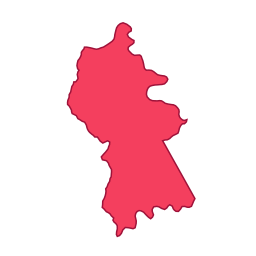 Antônio Prado, Rio Grande do Sul, Brazil (Albers equal-area conic projection), rotated 245°
{"feature_id": "56859067B28853350190882", "entity_name": "Antônio Prado", "entity_type": "district", "adm_level": 2, "iso_a3": "BRA", "parent_name": "Brazil", "parent_adm1": "Rio Grande do Sul", "projection": "albers", "projection_center": [-51.31, -28.882], "detail": "fine", "context": "isolated", "style": "filled", "palette": "rose", "viewbox_px": 256, "rotation_deg": 245, "n_neighbors": 0, "source": "geoboundaries", "source_scale": "gbopen_adm2", "svg_char_len": 3041}
<svg xmlns="http://www.w3.org/2000/svg" viewBox="0 0 256 256"><g transform="rotate(245 128 128)"><path d="M210.3,111.2L208.2,109.5L206.1,108.1L203.0,107.4L201.1,108.0L200.0,106.3L197.9,104.6L195.7,104.1L193.9,103.6L192.8,101.9L191.9,100.1L192.7,98.4L190.7,96.9L189.4,94.7L186.9,92.8L184.9,91.3L183.1,88.8L180.7,87.6L178.5,85.2L176.7,84.0L174.8,83.2L172.8,84.0L170.6,84.2L168.2,84.3L166.4,83.7L164.7,83.5L161.1,86.4L157.7,86.5L155.8,87.9L153.5,89.3L151.6,91.2L148.4,91.5L145.7,91.0L143.9,90.8L141.7,91.0L140.0,91.5L137.6,92.6L135.8,93.6L134.0,94.0L132.7,96.5L130.1,96.9L127.8,97.3L125.0,98.8L125.0,101.6L125.0,104.1L123.0,105.5L120.8,104.3L119.3,102.6L117.6,101.2L116.5,99.2L115.6,97.4L114.6,94.9L113.1,91.6L110.0,91.4L107.4,94.7L104.5,95.4L101.9,95.1L99.4,95.3L97.4,95.5L95.3,94.6L92.5,93.0L90.9,92.1L89.8,90.5L87.4,88.8L85.6,86.2L83.6,84.3L82.3,82.1L80.1,81.4L78.1,80.2L76.2,78.7L74.2,76.7L72.4,74.2L69.1,72.5L66.9,71.1L65.2,71.9L63.1,72.5L61.3,73.0L59.6,74.4L57.9,75.4L55.4,75.8L52.5,77.0L50.8,75.4L48.6,75.6L46.6,76.6L44.1,77.0L41.1,75.7L38.7,73.8L36.4,72.5L34.3,72.5L34.1,74.9L35.3,77.5L37.8,80.2L39.0,83.5L37.4,86.3L36.1,88.1L34.6,90.0L34.6,92.3L38.0,95.0L40.3,96.2L43.1,96.8L45.2,97.3L47.3,98.9L48.5,101.0L48.5,103.1L47.4,104.8L45.1,106.6L42.2,107.5L40.2,108.2L38.4,108.9L36.2,110.2L36.9,112.6L38.5,114.4L41.9,114.7L44.0,115.5L45.7,118.0L44.8,121.0L43.4,122.8L41.0,124.4L38.7,126.8L39.1,129.3L40.3,131.3L40.8,133.4L38.4,135.1L35.7,134.9L34.0,135.3L32.2,136.3L31.1,138.5L32.3,141.3L34.0,143.8L32.9,146.4L31.2,148.2L30.3,149.9L30.2,152.4L31.7,154.1L34.0,156.6L35.7,158.8L62.1,156.9L86.5,155.1L101.8,154.0L101.5,156.5L100.7,158.6L100.8,161.3L101.5,163.3L102.1,165.6L102.1,168.5L102.2,171.1L103.7,172.6L106.3,174.7L108.0,176.9L108.8,179.1L108.0,181.0L108.9,183.5L110.7,184.9L110.9,182.6L112.1,180.9L114.5,179.7L116.5,179.4L119.0,179.8L121.1,181.2L123.0,181.8L125.4,181.4L128.0,180.5L129.8,179.0L131.1,176.9L132.8,174.4L134.7,172.1L136.4,171.2L138.4,169.9L139.4,168.3L140.2,166.0L141.2,164.0L142.5,161.6L144.7,159.6L148.1,158.5L150.6,158.9L152.9,160.2L154.6,161.7L156.0,163.5L156.6,165.7L156.3,167.9L155.6,170.6L154.7,172.9L153.9,175.1L153.1,177.2L152.6,179.8L153.7,182.8L155.4,184.7L157.9,184.5L159.7,183.1L160.9,181.2L162.3,179.1L163.8,177.3L165.5,176.4L168.2,175.1L170.3,173.6L171.6,171.5L172.7,169.0L174.9,168.1L177.3,168.6L179.5,169.2L181.4,169.6L183.2,169.9L185.2,170.0L187.4,170.3L189.2,169.5L190.1,167.3L191.1,164.6L193.3,162.9L195.3,162.2L197.5,161.4L199.3,161.3L201.1,162.4L201.8,164.9L202.1,167.4L202.8,169.4L204.8,170.4L206.5,169.0L210.3,166.9L213.1,166.9L214.4,169.1L214.6,171.9L216.6,173.0L218.6,172.8L220.4,171.9L222.6,170.7L225.4,168.0L225.8,165.1L225.1,162.4L223.7,160.1L221.9,158.5L220.4,157.3L218.1,155.5L216.3,154.4L214.5,152.9L213.3,150.4L212.6,146.7L212.1,143.3L211.7,139.9L212.1,137.4L212.2,134.8L212.7,132.7L214.1,130.8L215.8,128.8L217.0,127.2L218.7,124.8L219.7,122.7L218.3,121.5L217.5,119.6L216.3,117.7L214.1,116.6L212.4,114.8L211.3,113.2L210.3,111.2Z" fill="#f43f5e" stroke="#9f1239" stroke-width="1.5"/></g></svg>